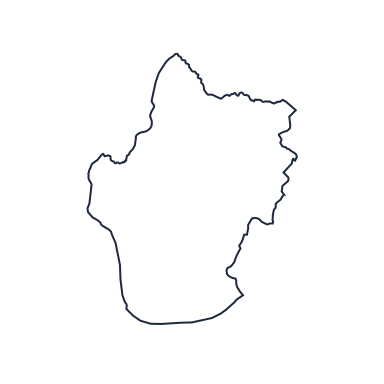 the district of Wusab As Safil, Dhamar, Yemen, rotated 43°
{"feature_id": "15242507B36986908452393", "entity_name": "Wusab As Safil", "entity_type": "district", "adm_level": 2, "iso_a3": "YEM", "parent_name": "Yemen", "parent_adm1": "Dhamar", "projection": "albers", "projection_center": [43.602, 14.25], "detail": "fine", "context": "isolated", "style": "outline", "palette": "slate", "viewbox_px": 384, "rotation_deg": 43, "n_neighbors": 0, "source": "geoboundaries", "source_scale": "gbopen_adm2", "svg_char_len": 5884}
<svg xmlns="http://www.w3.org/2000/svg" viewBox="0 0 384 384"><g transform="rotate(43 192 192)"><path d="M299.7,232.7L295.8,232.3L290.1,230.8L287.6,229.4L285.3,227.4L284.9,226.7L284.2,226.3L283.7,226.0L283.1,225.9L282.6,225.7L280.8,227.0L279.3,227.6L276.4,228.4L273.5,228.1L270.6,225.7L270.3,224.7L269.8,223.3L271.2,219.8L270.8,214.7L268.1,208.3L266.7,203.2L265.9,200.2L264.5,199.6L263.2,199.2L262.2,194.0L261.5,192.2L259.2,187.6L261.3,185.8L261.3,185.7L259.0,182.1L258.1,180.5L255.6,178.0L254.6,173.9L253.9,170.2L254.5,169.5L255.7,168.3L256.4,167.4L259.2,166.1L263.5,166.2L268.5,164.7L269.4,164.0L270.7,161.6L272.5,160.0L271.6,158.4L269.7,157.3L268.4,155.5L267.0,154.0L266.7,153.5L264.0,149.2L263.9,146.7L263.4,146.0L263.1,145.4L262.2,144.4L261.7,144.1L261.3,143.5L261.2,142.4L261.5,140.5L262.0,136.9L261.1,133.6L261.2,131.3L261.3,131.2L258.1,130.6L257.2,130.4L254.9,127.0L254.0,125.9L254.5,121.1L254.7,118.4L254.0,117.0L253.1,116.0L252.4,115.7L251.9,115.6L245.6,115.3L245.6,103.3L243.8,100.3L243.5,99.5L243.3,99.1L243.6,98.6L244.4,99.3L246.0,98.8L244.7,94.7L242.7,93.7L242.1,93.4L238.0,94.0L235.8,94.5L234.0,94.4L233.1,94.9L231.8,95.5L230.2,95.3L226.9,97.0L223.0,95.8L221.9,92.8L221.0,92.2L220.2,92.1L219.2,91.7L216.6,91.1L216.3,90.3L216.7,88.9L217.7,86.1L219.7,82.7L220.1,81.0L220.1,78.6L218.7,76.5L211.7,70.5L211.9,68.7L212.1,61.4L198.6,61.9L198.4,62.2L198.1,62.3L197.7,62.4L196.8,62.4L196.2,62.5L195.8,62.6L195.4,62.8L195.3,63.1L195.3,63.6L195.3,64.1L195.1,64.7L194.9,65.1L194.9,65.5L194.7,66.1L194.5,66.4L194.1,66.6L193.6,66.9L193.3,67.3L193.2,67.6L193.1,68.2L193.0,68.6L192.5,68.8L192.2,69.4L192.2,69.9L192.1,70.3L192.0,70.9L191.8,71.2L191.5,71.3L191.1,71.4L190.7,71.6L190.5,71.9L190.1,72.1L189.4,72.2L188.7,72.4L187.8,72.7L187.3,72.7L186.8,72.9L186.6,73.1L186.4,73.5L186.3,73.9L185.7,74.4L185.3,74.6L184.8,74.9L183.8,75.8L183.4,76.4L183.1,77.0L182.5,77.6L182.1,77.8L181.6,77.9L180.2,77.9L179.5,78.0L179.3,78.1L178.8,78.4L178.1,79.0L177.8,79.1L177.5,79.2L177.3,79.5L177.0,80.1L176.7,80.5L176.2,80.6L175.8,80.8L175.4,81.1L175.2,81.3L175.2,81.5L175.2,81.8L175.3,82.2L175.5,82.7L175.6,83.1L175.5,83.4L175.2,83.6L174.8,83.5L174.5,83.5L174.2,83.5L173.8,83.7L173.6,83.9L173.4,84.1L173.1,84.4L172.9,84.5L172.6,84.6L172.0,84.5L171.4,84.3L170.7,84.2L170.0,83.9L169.4,83.6L168.9,83.4L168.4,83.3L167.9,83.2L167.6,83.1L167.3,83.1L167.1,83.3L166.7,83.6L166.2,83.8L165.6,84.0L164.7,84.8L164.3,85.1L163.9,85.4L163.6,85.5L162.4,85.3L161.8,85.2L161.2,85.2L160.8,85.2L160.5,85.3L160.2,85.6L160.0,86.1L159.6,86.8L159.5,87.1L159.5,87.5L159.5,88.0L159.7,88.5L159.8,88.8L160.0,89.2L160.2,89.7L160.1,90.0L159.6,90.5L159.1,90.6L158.4,90.6L157.8,90.6L157.4,90.6L156.5,90.2L156.0,90.3L155.7,90.5L155.6,90.9L155.3,91.8L155.0,92.7L154.5,93.1L154.1,93.5L154.0,94.1L154.0,94.5L154.0,95.2L154.0,95.8L153.9,96.1L153.6,96.3L152.9,96.4L152.1,96.6L151.5,97.0L151.0,97.7L151.0,98.0L150.8,98.3L150.4,98.8L150.3,99.3L150.2,100.0L150.0,101.3L149.9,103.2L149.6,103.7L149.5,103.9L149.1,104.3L143.6,106.1L142.9,106.2L141.2,106.8L139.7,107.5L138.9,108.3L138.1,109.3L137.3,109.9L136.6,110.0L135.5,109.9L134.2,109.8L132.9,109.4L131.7,109.2L130.7,108.7L129.7,107.7L128.7,107.0L127.5,106.2L126.7,105.8L124.6,105.9L124.0,105.6L123.4,105.1L123.0,104.3L122.5,103.7L121.7,103.3L120.8,103.3L120.1,103.8L119.6,104.0L119.1,104.2L118.3,104.3L117.7,103.7L117.3,102.7L117.0,102.1L116.5,101.9L116.0,102.0L115.3,102.4L114.2,102.4L113.3,102.0L112.2,102.0L111.3,102.5L110.6,103.2L110.0,103.5L108.7,103.5L107.6,103.1L106.2,102.7L105.2,102.7L104.3,102.3L103.7,101.7L103.2,101.1L101.5,101.2L100.6,101.5L100.2,101.9L99.3,101.9L98.5,101.4L98.1,100.8L97.6,100.5L96.5,100.9L95.6,101.6L95.1,102.0L94.5,102.1L93.5,101.8L92.8,101.4L92.1,101.1L91.1,101.2L90.0,101.3L89.3,101.6L88.8,101.6L88.2,101.2L87.4,100.9L86.7,101.3L86.2,101.9L85.7,102.5L85.6,105.5L85.2,106.7L84.4,110.1L84.3,114.8L85.8,123.2L86.6,127.6L90.5,136.4L93.9,142.1L94.0,142.3L96.1,145.9L97.3,147.9L97.7,148.4L98.0,149.1L99.0,150.7L99.1,150.8L100.5,153.2L105.6,154.8L106.2,155.7L106.8,157.5L107.4,160.4L107.9,161.9L108.6,163.4L109.5,165.0L110.2,165.4L114.1,167.5L115.6,169.0L116.5,170.1L117.5,171.6L117.9,173.4L117.9,175.0L117.8,175.4L117.2,178.7L115.8,180.9L114.1,183.1L113.1,185.5L112.9,187.2L112.7,188.1L113.0,189.6L114.8,191.6L118.5,197.1L119.4,201.1L119.5,202.8L119.4,203.2L119.4,203.7L119.4,204.1L119.5,204.8L119.4,205.0L119.5,205.8L119.8,206.2L120.1,206.8L120.3,207.4L120.3,208.0L120.3,208.4L119.8,209.1L119.7,209.6L119.8,210.1L120.1,210.6L120.5,211.1L121.0,211.9L121.3,212.6L121.5,213.0L122.1,213.4L122.3,213.8L122.3,214.0L122.0,214.3L121.8,214.8L122.1,215.2L122.3,215.8L122.1,216.5L121.9,216.8L121.4,216.8L121.0,217.1L121.0,217.8L120.8,218.3L120.1,219.8L119.5,220.6L118.8,220.8L118.3,220.8L117.6,221.0L116.9,221.6L116.8,222.6L116.3,223.3L115.4,223.5L114.5,223.3L113.9,223.2L112.9,223.6L111.7,224.0L110.9,223.9L109.8,223.3L109.0,222.5L108.4,221.7L107.6,221.6L106.8,221.9L106.1,222.2L105.6,222.6L104.8,223.8L104.1,225.0L103.6,225.4L102.9,225.2L102.4,225.0L101.4,224.7L100.9,224.8L100.6,226.2L100.7,228.2L101.0,233.3L100.5,235.3L99.9,239.0L99.8,240.0L100.3,241.5L100.7,242.4L101.3,243.6L101.8,245.7L103.3,248.5L103.9,249.6L104.6,250.0L105.3,250.6L105.9,251.5L106.8,252.4L107.8,253.0L109.9,253.8L111.6,254.2L112.7,254.7L113.6,255.2L113.9,255.6L122.1,266.7L124.0,269.3L124.9,270.5L126.7,275.2L129.5,277.5L130.1,277.6L136.6,278.4L141.9,277.1L145.5,276.8L148.5,277.9L153.6,276.9L156.7,276.2L159.7,276.2L162.0,277.5L162.8,277.9L163.7,278.3L170.8,281.4L181.0,288.7L189.1,294.5L189.6,295.0L189.9,295.3L190.9,296.3L199.4,304.8L211.6,315.0L218.0,318.3L220.2,318.6L221.4,319.2L223.8,322.3L233.4,322.6L242.1,321.3L251.3,316.7L252.0,316.2L255.5,313.1L259.6,309.4L266.2,302.4L273.2,295.0L278.6,289.7L278.8,289.5L280.7,287.7L292.5,270.6L295.8,261.8L297.3,254.5L297.3,254.4L297.5,251.3L298.2,244.3L298.1,241.1L298.2,239.4L299.7,232.7Z" fill="none" stroke="#1e293b" stroke-width="2"/></g></svg>